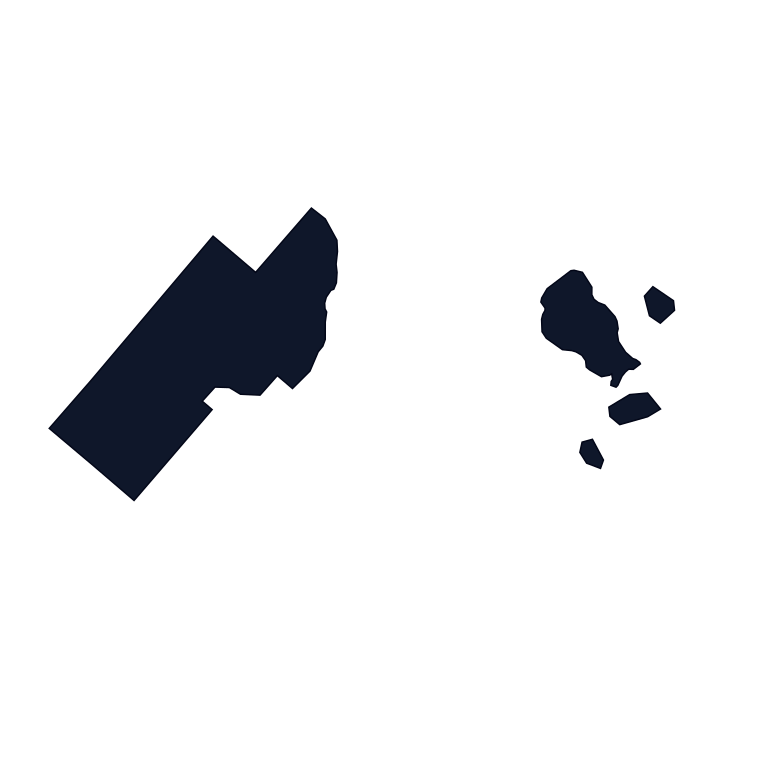 Charlevoix, Michigan, United States of America (Robinson projection), rotated 130°
{"feature_id": "52423323B98069421042704", "entity_name": "Charlevoix", "entity_type": "district", "adm_level": 2, "iso_a3": "USA", "parent_name": "United States of America", "parent_adm1": "Michigan", "projection": "robinson", "projection_center": [-85.407, 45.472], "detail": "fine", "context": "isolated", "style": "filled", "palette": "ink", "viewbox_px": 768, "rotation_deg": 130, "n_neighbors": 0, "source": "geoboundaries", "source_scale": "gbopen_adm2", "svg_char_len": 1399}
<svg xmlns="http://www.w3.org/2000/svg" viewBox="0 0 768 768"><g transform="rotate(130 384 384)"><path d="M633.3,556.4L633.9,500.6L514.1,499.2L514.0,512.2L495.0,511.5L486.1,500.2L484.1,487.4L472.2,471.8L446.1,471.1L446.3,451.2L421.7,449.0L401.7,455.1L394.3,455.2L387.7,457.6L374.3,468.8L365.7,474.2L364.3,477.5L360.2,481.4L354.6,484.0L346.4,484.9L343.7,483.4L337.1,485.5L328.7,491.7L323.0,497.7L312.4,504.8L304.1,512.5L295.3,535.1L295.9,552.7L381.0,554.1L380.6,610.0L569.8,610.7L633.2,611.9L633.3,556.4ZM170.9,303.8L174.7,311.5L177.1,313.7L206.1,320.3L216.7,318.5L220.4,316.5L222.3,309.5L224.1,308.0L228.6,307.1L233.1,304.9L242.4,296.5L244.6,289.1L243.0,269.4L237.7,261.6L236.0,257.7L234.8,250.9L236.5,244.6L241.0,239.9L241.0,235.5L238.6,222.1L232.3,216.9L229.9,216.1L233.4,211.9L236.0,211.6L239.2,209.4L237.3,204.2L234.8,204.0L225.0,206.7L219.6,206.8L215.4,206.1L212.5,202.4L203.8,200.5L203.1,202.1L203.4,206.7L204.6,209.9L204.4,219.3L200.7,231.6L194.8,238.4L191.2,240.1L186.0,246.0L183.9,250.4L181.6,265.6L183.9,272.3L184.1,277.6L182.0,282.2L176.2,287.0L170.9,303.8ZM225.4,156.1L221.5,176.3L234.2,189.0L257.2,196.9L263.6,190.1L263.6,177.3L239.6,161.0L225.4,156.1ZM134.1,215.8L136.6,240.6L149.3,241.0L161.1,224.5L159.8,211.4L140.8,208.8L134.1,215.8ZM292.4,188.8L301.2,194.9L310.5,190.0L314.4,177.9L309.5,163.9L301.2,167.0L292.4,188.8Z" fill="#0f172a" stroke="#020617" stroke-width="1.5"/></g></svg>